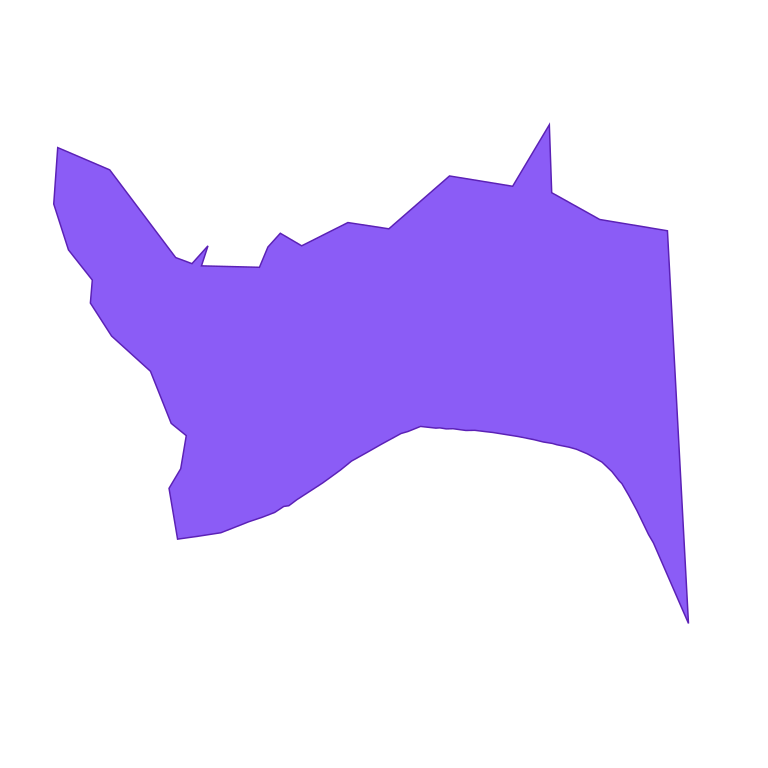 outline of Aweil North, Northern Bahr el Ghazal, South Sudan, rotated 172°
{"feature_id": "79223893B62952270667029", "entity_name": "Aweil North", "entity_type": "district", "adm_level": 2, "iso_a3": "SSD", "parent_name": "South Sudan", "parent_adm1": "Northern Bahr el Ghazal", "projection": "natural_earth1", "projection_center": [26.779, 9.406], "detail": "fine", "context": "isolated", "style": "filled", "palette": "violet", "viewbox_px": 768, "rotation_deg": 172, "n_neighbors": 0, "source": "geoboundaries", "source_scale": "gbopen_adm2", "svg_char_len": 1070}
<svg xmlns="http://www.w3.org/2000/svg" viewBox="0 0 768 768"><g transform="rotate(172 384 384)"><path d="M674.2,663.5L686.0,608.2L677.8,560.7L658.4,527.5L663.5,505.0L647.1,469.4L613.5,429.1L600.2,374.6L587.0,360.4L597.1,328.4L611.4,310.6L610.0,259.1L609.5,259.1L588.9,259.1L566.3,259.4L537.1,266.4L522.7,269.1L509.9,272.1L500.3,276.7L495.2,276.7L486.3,281.6L458.4,294.6L439.0,304.9L426.9,312.2L410.6,318.5L395.0,324.7L374.0,332.6L367.0,333.6L353.7,336.9L338.8,333.1L334.8,332.8L328.7,330.9L321.8,330.1L316.2,328.5L309.4,326.6L300.5,325.5L290.5,322.8L283.1,320.9L258.4,313.3L243.0,307.9L234.3,304.4L225.5,301.7L221.3,299.8L209.6,295.7L202.7,292.7L192.6,286.7L186.8,282.4L179.1,276.4L170.5,265.6L164.7,255.6L163.5,253.9L162.3,252.3L157.0,239.3L151.2,223.6L143.0,198.1L139.3,189.1L115.8,104.5L82.0,496.3L147.5,516.9L191.3,550.1L184.2,617.7L229.1,561.9L290.2,580.9L357.6,537.0L397.3,548.9L446.3,532.3L465.7,547.7L479.9,535.8L491.1,516.9L548.3,526.4L539.1,545.3L557.4,529.9L572.7,538.2L625.8,634.2L674.2,663.5Z" fill="#8b5cf6" stroke="#5b21b6" stroke-width="1.5"/></g></svg>